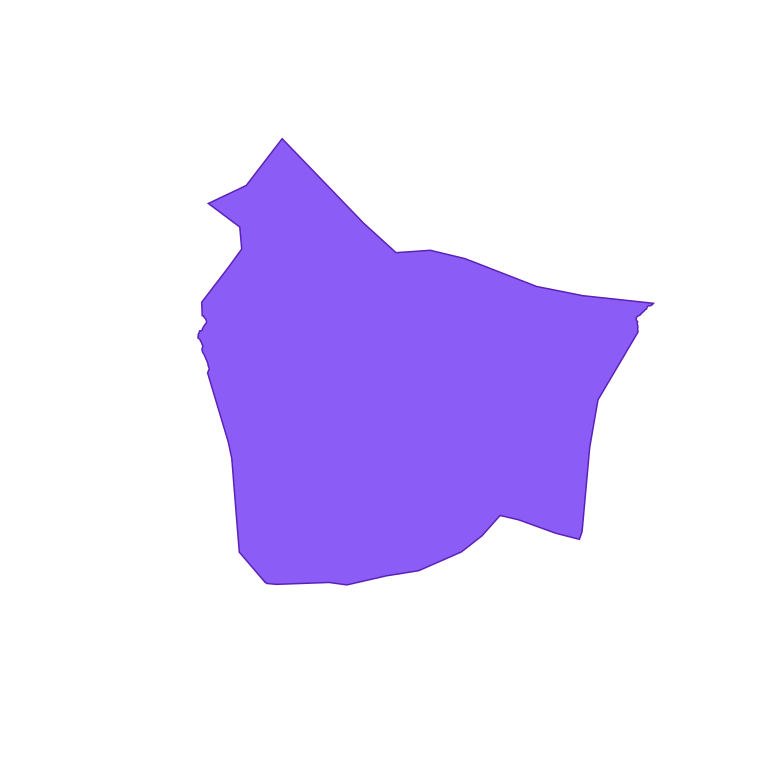 outline of Dariganga, Sühbaatar, Mongolia, rotated 38°
{"feature_id": "93677404B32631495823652", "entity_name": "Dariganga", "entity_type": "district", "adm_level": 2, "iso_a3": "MNG", "parent_name": "Mongolia", "parent_adm1": "Sühbaatar", "projection": "albers", "projection_center": [114.125, 45.442], "detail": "fine", "context": "isolated", "style": "filled", "palette": "violet", "viewbox_px": 768, "rotation_deg": 38, "n_neighbors": 0, "source": "geoboundaries", "source_scale": "gbopen_adm2", "svg_char_len": 1970}
<svg xmlns="http://www.w3.org/2000/svg" viewBox="0 0 768 768"><g transform="rotate(38 384 384)"><path d="M152.7,253.4L153.2,312.4L134.4,349.9L173.7,349.1L188.8,365.3L189.6,388.7L190.0,431.8L198.7,442.1L199.9,441.7L200.6,441.7L201.2,442.2L202.7,442.4L203.9,442.8L205.6,443.8L206.5,445.6L206.3,446.7L206.4,448.0L206.5,449.0L206.6,450.3L207.0,452.7L207.5,453.6L207.5,454.2L207.2,454.8L206.4,455.2L206.1,455.5L206.1,455.9L206.2,456.4L206.6,457.0L206.8,457.4L206.9,458.0L206.9,458.8L207.2,459.5L207.9,460.2L208.4,461.4L209.1,462.2L209.6,462.3L210.1,462.3L210.7,462.2L211.5,462.1L211.9,462.3L212.6,463.0L215.0,463.8L215.8,464.6L216.5,464.9L217.6,465.3L218.0,465.7L218.2,466.4L218.7,467.7L219.3,468.8L219.8,469.4L221.2,470.4L222.8,471.1L224.4,471.7L228.0,473.7L230.1,474.8L232.3,476.1L234.8,478.3L236.8,479.3L238.2,483.9L297.0,525.6L309.9,536.4L345.7,575.4L373.5,605.6L412.1,613.4L412.2,613.1L414.2,613.5L422.3,608.3L428.2,603.4L443.4,590.6L462.9,574.2L478.4,565.2L491.4,549.2L503.8,533.9L519.1,517.5L526.3,509.7L531.3,500.4L548.4,468.6L554.7,443.2L556.4,416.2L573.3,408.3L611.2,395.9L631.1,387.2L633.6,386.1L631.0,378.4L585.2,307.4L562.4,264.8L552.2,186.9L551.7,185.9L550.8,185.5L550.3,184.8L548.5,182.2L548.1,181.8L547.4,181.3L546.7,180.9L546.3,180.6L546.1,180.4L546.0,180.0L546.0,179.6L545.9,179.3L545.3,178.7L544.9,178.7L543.9,178.4L543.0,178.1L542.7,177.7L542.6,177.1L542.4,176.7L542.1,176.2L541.9,175.5L542.3,174.3L542.8,173.0L543.4,171.7L543.5,171.3L543.3,170.8L543.4,170.0L543.6,168.9L543.8,168.0L543.8,167.2L544.0,166.6L544.1,166.1L544.1,165.6L544.1,164.8L544.1,164.4L544.3,164.0L544.6,163.6L544.7,163.3L544.2,161.9L544.0,160.9L544.0,160.3L544.1,160.0L544.4,159.5L544.6,159.2L545.1,158.9L545.6,158.6L545.9,158.3L546.0,157.9L546.0,157.5L546.2,157.1L546.4,156.7L546.6,156.4L546.6,156.0L546.7,155.4L546.7,154.5L486.1,192.1L444.2,213.2L370.8,235.3L338.2,250.1L312.6,273.1L268.7,269.8L234.2,264.9L152.7,253.4Z" fill="#8b5cf6" stroke="#5b21b6" stroke-width="1.5"/></g></svg>